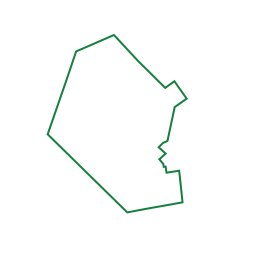 Lewis, New York, United States of America, rotated 140°
{"feature_id": "52423323B86796072613442", "entity_name": "Lewis", "entity_type": "district", "adm_level": 2, "iso_a3": "USA", "parent_name": "United States of America", "parent_adm1": "New York", "projection": "equal_earth", "projection_center": [-75.532, 43.819], "detail": "fine", "context": "isolated", "style": "outline", "palette": "green", "viewbox_px": 256, "rotation_deg": 140, "n_neighbors": 0, "source": "geoboundaries", "source_scale": "gbopen_adm2", "svg_char_len": 467}
<svg xmlns="http://www.w3.org/2000/svg" viewBox="0 0 256 256"><g transform="rotate(140 128 128)"><path d="M134.0,36.0L118.5,59.0L116.3,62.4L127.2,69.0L124.0,74.3L125.6,75.3L124.1,77.7L124.1,83.9L115.6,84.2L116.9,93.5L110.8,94.1L106.1,92.7L78.8,114.0L64.2,112.8L62.4,134.0L73.7,134.8L75.8,157.8L77.2,172.5L79.0,208.3L118.5,220.0L143.6,204.7L173.2,187.0L193.6,174.8L182.8,63.8L166.7,54.8L139.8,39.3L134.0,36.0Z" fill="none" stroke="#15803d" stroke-width="2"/></g></svg>